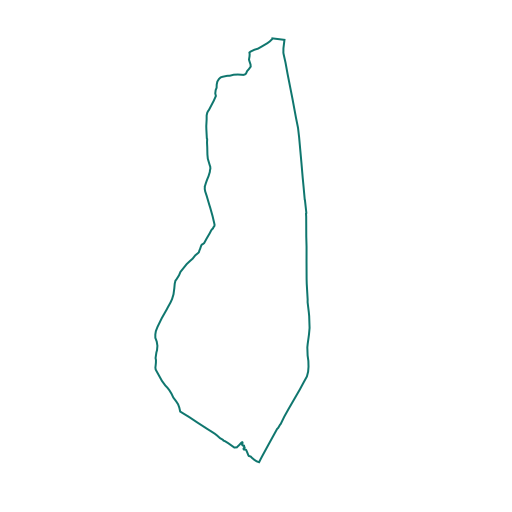 Margina, Timis, Romania (Equal Earth projection), rotated 232°
{"feature_id": "2599482B95683361390026", "entity_name": "Margina", "entity_type": "district", "adm_level": 2, "iso_a3": "ROU", "parent_name": "Romania", "parent_adm1": "Timis", "projection": "equal_earth", "projection_center": [22.386, 45.873], "detail": "fine", "context": "isolated", "style": "outline", "palette": "teal", "viewbox_px": 512, "rotation_deg": 232, "n_neighbors": 0, "source": "geoboundaries", "source_scale": "gbopen_adm2", "svg_char_len": 2776}
<svg xmlns="http://www.w3.org/2000/svg" viewBox="0 0 512 512"><g transform="rotate(232 256 256)"><path d="M408.8,411.5L417.4,402.9L417.0,402.5L416.6,399.0L416.7,395.9L417.6,389.1L418.2,385.1L419.5,381.8L420.4,377.7L420.4,376.1L418.9,375.2L417.4,373.9L415.1,371.4L413.4,370.7L410.3,369.6L408.5,368.4L407.6,365.2L407.2,362.9L405.9,360.4L405.9,359.0L406.5,357.5L407.8,356.1L410.2,353.4L412.6,350.0L414.1,346.5L415.8,344.1L417.9,339.8L418.5,338.1L418.3,335.8L417.3,333.0L415.3,330.6L412.8,328.5L411.6,326.4L409.2,324.0L406.8,322.9L404.3,318.2L400.1,308.9L399.7,307.5L399.0,305.9L397.2,303.7L393.8,301.0L389.0,296.8L386.7,295.1L379.0,289.7L378.2,289.5L375.5,287.2L371.8,284.6L365.9,280.2L362.3,277.9L356.2,275.5L354.5,274.9L352.9,273.8L351.9,272.5L350.7,271.4L348.1,267.7L346.3,264.5L344.4,261.5L342.1,258.2L341.8,258.1L340.4,256.9L338.1,255.7L333.6,254.1L325.3,250.8L322.1,249.6L314.1,246.3L307.6,243.3L306.0,242.5L305.1,241.4L304.8,239.9L304.2,239.1L304.1,237.5L303.6,236.1L302.4,233.5L300.1,227.7L298.1,223.1L298.1,221.7L298.3,220.7L298.2,219.8L297.6,218.7L296.0,216.3L295.2,214.8L294.2,213.4L294.0,212.6L293.9,208.5L292.9,204.4L292.7,200.8L292.3,196.4L290.0,186.7L288.2,183.5L286.5,178.8L286.2,177.4L284.3,175.0L280.7,171.6L276.6,167.4L273.7,163.3L272.0,160.0L269.7,154.6L269.0,153.1L265.0,143.4L260.8,134.8L258.5,130.9L256.2,128.4L253.5,126.3L249.7,125.1L245.9,123.0L242.7,120.0L241.4,118.2L237.4,114.0L235.6,113.1L233.5,111.4L231.5,109.5L230.0,108.0L228.2,107.0L215.6,105.0L209.8,104.8L206.8,105.1L203.8,105.1L199.4,104.6L195.4,103.7L190.4,103.6L187.1,103.3L183.7,102.2L180.1,100.5L177.1,101.6L169.9,104.3L160.8,107.3L149.8,111.1L141.4,114.1L138.6,114.8L134.6,115.5L132.2,116.5L131.2,116.8L130.7,116.7L129.8,117.1L129.3,117.5L125.5,118.9L121.4,120.1L118.4,121.0L117.0,123.1L117.2,124.5L117.4,126.6L117.7,128.2L117.9,129.5L117.8,130.5L117.6,130.6L117.2,130.5L116.4,129.7L115.9,128.9L115.5,128.8L114.8,128.9L114.2,129.6L113.9,129.8L113.6,129.6L113.1,129.3L112.2,129.2L112.0,128.7L112.1,128.1L111.7,127.4L110.8,127.4L109.9,128.6L109.2,128.8L107.5,128.4L103.7,127.3L102.9,127.2L102.2,127.7L101.1,128.4L99.7,128.5L96.4,129.2L93.8,130.1L91.6,131.5L93.0,134.4L94.4,137.5L100.2,150.9L106.7,166.1L106.9,167.7L108.3,171.2L108.4,172.0L110.3,175.9L112.1,179.6L115.5,187.7L123.8,208.3L127.2,216.0L129.7,221.9L132.7,225.8L136.4,229.2L141.0,232.6L145.8,235.4L152.4,240.2L155.0,242.7L161.4,249.3L166.3,253.9L175.9,260.9L179.2,263.0L187.8,268.2L189.9,269.9L202.9,278.9L206.7,281.7L220.4,292.3L232.0,301.4L240.4,307.6L256.0,319.7L258.6,321.5L258.8,322.1L270.1,329.1L270.4,329.1L281.1,336.0L289.1,341.1L300.9,348.8L322.9,363.0L331.1,368.0L340.3,372.6L357.2,381.4L380.1,393.0L390.2,398.3L398.2,402.1L399.3,402.7L402.8,405.5L408.8,411.5Z" fill="none" stroke="#0f766e" stroke-width="2"/></g></svg>